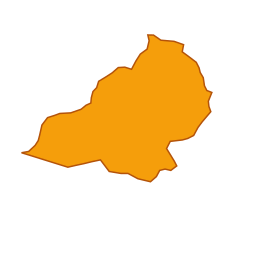 outline of Lagoa do Carro, Pernambuco, Brazil, rotated 319°
{"feature_id": "56859067B2234045348506", "entity_name": "Lagoa do Carro", "entity_type": "district", "adm_level": 2, "iso_a3": "BRA", "parent_name": "Brazil", "parent_adm1": "Pernambuco", "projection": "mercator", "projection_center": [-35.335, -7.857], "detail": "fine", "context": "isolated", "style": "filled", "palette": "amber", "viewbox_px": 256, "rotation_deg": 319, "n_neighbors": 0, "source": "geoboundaries", "source_scale": "gbopen_adm2", "svg_char_len": 925}
<svg xmlns="http://www.w3.org/2000/svg" viewBox="0 0 256 256"><g transform="rotate(319 128 128)"><path d="M31.4,76.8L56.9,118.1L64.0,121.9L71.6,126.1L78.6,129.7L86.3,134.0L85.3,148.5L92.9,157.7L98.2,162.3L102.2,172.8L109.7,183.3L117.5,183.3L124.1,180.8L129.0,183.3L132.5,188.1L139.9,188.6L141.2,183.3L143.6,168.8L151.1,165.8L161.2,172.7L166.2,175.1L172.7,176.7L181.2,173.5L188.1,172.0L201.2,170.0L203.2,164.8L206.2,160.5L214.6,156.2L212.1,151.4L213.4,146.3L217.8,139.4L218.9,133.5L221.1,129.2L222.6,123.2L220.4,112.7L218.9,106.1L224.6,101.6L219.6,92.8L210.4,83.3L208.2,74.6L204.0,70.8L201.2,76.0L194.2,81.0L185.8,80.3L178.0,82.6L169.2,86.0L165.5,80.0L160.3,76.0L152.1,76.0L143.9,74.8L136.5,73.5L130.8,77.0L125.5,77.5L120.3,81.0L116.3,84.8L111.3,83.3L104.9,83.1L94.7,79.0L86.1,72.3L80.8,70.3L74.1,67.4L65.0,69.3L56.3,75.7L52.0,78.6L46.5,80.2L37.6,80.5L31.4,76.8Z" fill="#f59e0b" stroke="#b45309" stroke-width="1.5"/></g></svg>